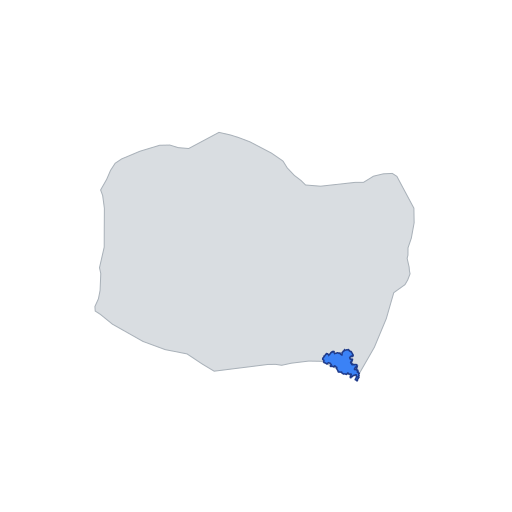 Metsi-Maholo, Mafeteng, Lesotho shown in context, rotated 231°
{"feature_id": "5366337B55767639194071", "entity_name": "Metsi-Maholo", "entity_type": "district", "adm_level": 2, "iso_a3": "LSO", "parent_name": "Lesotho", "parent_adm1": "Mafeteng", "projection": "orthographic", "projection_center": [27.155, -29.616], "detail": "fine", "context": "in_parent", "style": "filled", "palette": "blue", "viewbox_px": 512, "rotation_deg": 231, "n_neighbors": 0, "source": "geoboundaries", "source_scale": "gbopen_adm2", "svg_char_len": 6009}
<svg xmlns="http://www.w3.org/2000/svg" viewBox="0 0 512 512"><g transform="rotate(231 256 256)"><path d="M326.4,332.7L314.3,336.3L312.6,336.7L304.8,335.7L294.5,336.5L286.3,338.5L280.0,339.2L269.6,350.1L250.7,379.6L245.6,385.8L244.1,397.5L239.7,406.7L234.4,413.9L229.2,415.6L213.7,412.6L193.8,408.8L182.3,399.8L172.1,387.9L166.7,379.3L161.0,374.6L159.1,372.0L151.0,368.0L147.9,365.9L145.2,364.5L141.9,358.8L140.0,353.8L140.8,340.0L135.1,331.8L125.3,317.8L119.1,306.3L110.6,290.6L105.4,277.2L100.0,263.2L100.7,257.3L105.8,253.2L121.0,246.2L132.8,240.8L141.2,230.8L150.4,216.1L154.9,207.2L159.4,203.1L164.3,196.9L172.9,183.0L182.5,167.6L192.8,151.0L205.7,146.3L223.3,140.8L240.4,126.5L260.7,114.4L293.4,101.5L308.6,98.3L314.4,96.4L318.1,99.0L321.9,106.6L327.3,113.1L340.0,124.3L345.4,127.0L358.4,143.6L372.4,155.0L388.5,168.2L399.5,174.9L405.1,176.8L409.6,188.3L414.1,196.9L416.7,204.9L416.0,212.7L410.5,231.6L402.7,250.8L396.5,258.8L389.2,263.7L381.9,271.3L378.9,286.8L375.4,305.0L366.0,312.4L358.7,317.2L348.6,323.1L326.4,332.7Z" fill="#d9dde1" stroke="#a8b0b8" stroke-width="1"/><path d="M125.2,268.9L125.3,268.8L125.3,268.5L125.5,268.0L125.6,267.8L126.1,267.4L126.3,266.7L126.8,265.8L127.3,265.8L127.2,265.6L127.3,265.1L127.0,264.6L126.8,264.4L126.9,264.1L127.0,264.0L126.9,263.9L127.0,263.7L126.8,263.1L126.8,262.9L126.8,262.4L126.8,262.2L126.5,262.0L126.4,261.8L126.2,261.7L125.4,261.0L125.3,260.6L125.1,260.4L125.5,260.2L126.3,260.0L126.6,259.9L127.3,260.0L127.5,260.2L127.8,260.2L128.2,259.6L128.2,259.2L128.6,259.1L129.5,258.5L129.8,257.8L129.8,257.6L129.9,257.2L130.3,256.6L130.5,256.2L130.6,255.7L131.5,255.8L132.2,256.0L132.5,256.4L132.6,256.5L132.8,256.3L132.9,256.2L133.1,256.1L133.1,255.9L133.4,255.8L133.4,255.7L133.5,255.5L133.6,255.2L133.4,254.9L133.6,254.8L133.6,254.5L133.6,254.4L133.7,254.5L133.8,254.4L133.8,254.1L133.7,253.6L133.6,253.3L133.7,253.1L133.5,252.9L133.5,252.7L133.4,252.4L133.3,252.1L133.3,251.7L133.3,251.3L133.1,251.1L133.2,250.9L133.1,250.6L133.1,250.4L133.2,250.5L133.5,250.3L134.0,250.2L134.4,250.1L134.5,250.1L135.0,250.1L135.2,249.8L135.4,249.2L135.8,249.2L135.6,248.1L135.5,247.8L135.5,247.7L135.3,247.0L135.1,246.3L135.2,246.2L135.3,245.9L135.2,245.9L135.1,245.7L134.9,245.5L134.8,245.2L134.5,244.1L134.6,243.6L134.2,243.2L133.9,242.9L133.7,242.8L133.2,242.8L132.5,243.1L132.0,243.0L131.7,242.7L131.2,242.1L130.9,242.0L130.7,241.9L130.4,241.8L130.2,241.9L129.4,242.5L128.9,242.7L128.5,242.9L127.8,242.9L127.5,243.2L127.4,243.4L127.4,244.0L127.6,244.8L127.5,245.1L127.4,245.3L126.7,245.6L126.2,246.1L125.8,246.2L125.2,246.0L124.6,246.2L124.2,246.2L124.1,245.9L123.8,245.1L123.6,244.5L123.4,244.5L122.9,244.7L122.8,244.9L122.9,245.2L122.9,245.4L122.7,245.5L122.3,246.0L122.1,246.0L120.9,246.7L120.8,246.9L120.8,247.1L121.1,247.7L121.2,247.8L121.1,248.0L120.3,248.4L120.1,248.4L119.6,248.3L119.3,248.3L118.8,248.6L118.6,248.7L118.3,248.3L118.0,248.0L116.6,247.6L115.3,247.5L114.4,247.0L113.8,247.2L113.5,247.4L113.4,247.7L113.3,248.0L112.6,248.5L112.0,249.4L111.9,249.5L111.2,249.2L110.5,249.2L110.2,249.3L109.9,249.6L109.4,249.7L109.1,249.8L109.0,250.1L108.4,251.0L107.6,251.4L107.2,251.6L107.0,251.8L107.0,252.0L107.2,252.8L107.4,253.4L107.3,253.8L107.2,253.8L106.8,253.9L106.2,253.9L105.8,254.0L105.0,254.6L104.6,255.5L104.1,255.6L103.6,255.0L103.4,254.6L103.4,253.9L103.3,253.7L102.4,252.9L102.1,252.8L101.9,252.9L101.8,253.0L101.7,253.2L101.8,253.3L102.0,253.8L102.0,254.2L102.0,254.4L101.7,254.8L101.6,255.1L101.9,256.0L101.9,256.3L101.6,257.1L101.1,258.2L101.0,258.7L100.7,259.1L99.6,258.6L98.8,257.9L98.0,256.6L97.8,256.2L97.8,255.7L97.6,255.4L97.4,255.3L97.2,255.4L96.9,255.7L95.7,255.8L95.4,255.9L95.3,256.1L95.3,256.3L95.4,256.5L96.1,257.2L96.4,257.7L96.5,258.5L96.7,259.0L96.8,259.3L97.2,259.0L97.3,259.1L97.6,259.5L97.8,259.3L97.9,259.2L97.9,259.3L98.0,259.5L97.9,259.6L98.0,259.8L97.8,260.3L98.0,260.6L98.2,260.8L98.4,260.8L98.5,261.0L98.9,261.1L99.1,261.2L99.3,261.1L99.5,261.2L99.6,261.5L99.8,261.9L99.7,262.0L99.7,262.3L100.1,262.4L100.2,262.2L101.1,262.1L101.5,262.4L101.7,262.2L101.6,261.8L102.0,261.7L102.2,261.9L102.3,262.0L102.4,262.3L102.6,262.4L102.6,262.6L102.4,262.8L102.5,262.9L102.6,263.0L102.9,262.9L103.1,262.7L103.3,262.8L103.5,263.1L103.8,262.9L103.7,262.7L103.8,262.6L103.9,262.9L104.0,262.9L104.2,262.7L104.5,262.9L104.6,262.7L104.9,262.8L104.9,262.7L104.7,262.5L104.7,262.4L104.8,262.2L105.1,262.0L105.4,262.0L105.6,261.9L105.6,261.7L105.7,261.2L105.8,261.2L106.2,261.3L106.4,261.7L106.4,262.1L106.6,262.4L106.7,262.5L107.0,263.1L106.7,263.4L106.5,264.1L106.3,264.2L106.0,263.9L105.9,263.9L105.7,264.0L106.5,265.2L106.7,264.8L106.9,264.6L107.0,264.6L106.9,265.3L107.5,265.5L108.1,265.9L108.6,265.5L108.7,265.4L109.0,265.1L109.1,264.9L109.3,264.7L109.4,264.4L109.6,264.0L109.8,263.8L110.0,263.8L110.0,263.6L110.3,263.5L110.4,263.4L110.5,263.3L110.4,263.2L110.7,263.0L110.9,263.1L111.0,263.1L110.9,262.8L110.8,262.6L111.1,262.4L111.2,262.2L111.5,262.2L111.7,262.3L111.9,262.5L112.1,262.5L112.4,262.6L112.5,262.7L112.6,262.8L112.7,262.6L112.8,262.7L113.0,262.6L113.2,262.4L113.5,262.4L113.7,262.9L113.9,262.9L114.0,263.0L114.1,263.4L114.2,263.7L114.0,263.8L114.1,264.0L113.8,264.1L113.8,264.3L114.0,264.5L114.2,265.0L114.5,265.5L115.0,266.0L115.4,265.8L115.6,265.4L115.6,265.1L115.8,264.7L116.1,264.6L116.5,264.8L116.7,264.7L116.9,264.7L117.0,264.9L117.0,264.6L117.1,264.4L117.3,264.5L117.6,264.7L118.0,264.8L118.1,265.0L118.2,265.4L118.1,265.5L118.2,265.8L118.1,266.2L118.1,266.3L118.3,266.5L118.2,266.7L118.3,266.8L118.2,267.1L118.0,266.9L117.7,267.0L117.7,267.4L117.4,267.5L117.5,267.8L117.4,268.0L117.5,268.0L117.6,268.9L117.7,269.1L118.0,269.2L118.3,268.9L118.5,269.0L118.7,269.3L119.1,269.4L119.4,269.4L119.8,269.6L120.4,269.5L120.7,269.6L120.9,269.5L121.3,269.8L121.7,269.8L121.9,269.7L122.2,269.7L122.3,269.6L122.5,269.4L122.8,269.4L122.5,269.3L122.5,269.2L122.9,269.1L123.4,268.9L123.8,269.1L124.0,269.1L124.1,268.9L124.4,269.0L124.5,269.2L124.5,268.9L125.2,268.9Z" fill="#3b82f6" stroke="#1e3a8a" stroke-width="1.5"/></g></svg>